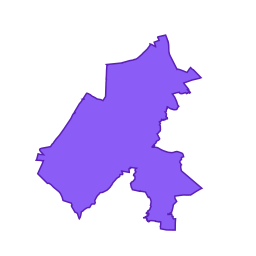 Suceava, Suceava, Romania (Natural Earth projection), rotated 191°
{"feature_id": "2599482B51087359831243", "entity_name": "Suceava", "entity_type": "district", "adm_level": 2, "iso_a3": "ROU", "parent_name": "Romania", "parent_adm1": "Suceava", "projection": "natural_earth1", "projection_center": [26.251, 47.664], "detail": "fine", "context": "isolated", "style": "filled", "palette": "violet", "viewbox_px": 256, "rotation_deg": 191, "n_neighbors": 0, "source": "geoboundaries", "source_scale": "gbopen_adm2", "svg_char_len": 5495}
<svg xmlns="http://www.w3.org/2000/svg" viewBox="0 0 256 256"><g transform="rotate(191 128 128)"><path d="M105.3,220.8L105.4,220.7L107.0,223.6L108.8,226.4L116.0,223.2L116.2,222.8L114.2,220.0L118.7,217.2L116.7,213.9L116.5,213.1L120.9,214.5L122.4,214.7L122.1,213.5L124.3,208.9L127.9,203.9L127.9,203.6L131.4,199.0L132.8,197.5L134.2,196.6L134.7,196.6L136.1,195.6L138.9,194.6L146.1,191.0L146.0,190.8L161.2,186.2L160.2,185.6L160.6,185.1L160.1,180.9L159.5,177.1L159.2,175.3L158.8,171.8L158.5,171.8L158.3,169.2L156.0,154.6L157.8,150.1L160.1,150.7L163.8,150.6L166.4,151.6L169.4,152.4L171.4,153.5L173.9,154.2L174.9,154.3L175.3,154.1L177.5,148.5L176.9,148.2L177.2,147.8L177.8,148.1L178.2,147.6L177.9,147.5L178.3,147.4L178.0,147.2L179.4,144.1L180.2,142.8L183.3,134.3L183.5,133.7L182.8,133.0L183.3,132.1L184.0,132.3L184.8,130.4L185.8,126.5L190.8,114.6L193.9,107.8L196.4,103.5L197.4,101.4L198.0,100.2L198.4,99.0L199.4,97.6L200.5,94.9L208.9,91.6L210.3,90.8L210.6,89.8L210.1,89.0L209.0,87.9L208.6,87.8L205.8,85.7L207.3,85.6L208.6,85.3L211.3,85.5L211.6,80.0L212.0,78.9L207.5,79.5L206.2,79.4L204.8,79.8L205.2,77.1L207.9,65.9L196.6,58.3L196.2,58.3L195.2,58.7L193.6,58.1L192.7,57.7L189.7,55.6L183.6,52.3L181.8,50.8L181.3,50.1L179.4,47.5L178.0,44.6L177.4,44.4L169.3,43.4L168.2,41.6L168.7,40.8L168.1,39.9L164.0,35.3L163.7,35.1L163.1,35.2L162.5,35.0L161.4,34.5L158.7,29.8L158.5,29.6L158.0,30.8L157.7,32.9L157.8,36.8L156.6,37.8L155.4,39.5L153.2,41.7L152.1,42.3L150.8,42.5L150.5,42.7L150.0,43.9L149.8,45.0L148.9,46.4L147.9,46.8L146.6,46.9L146.2,47.2L145.9,48.5L146.4,49.3L146.5,49.9L146.8,50.4L146.0,53.3L145.2,55.6L144.6,56.6L144.1,57.1L143.1,59.1L141.9,59.6L141.0,59.8L140.5,60.0L139.7,60.8L138.9,61.2L138.2,61.9L137.0,62.7L135.6,64.4L134.1,66.8L133.7,68.0L133.2,68.8L132.3,71.6L130.2,75.0L130.2,75.3L128.9,77.1L127.4,78.3L127.1,78.8L126.9,79.2L127.0,80.3L126.9,80.8L124.5,81.3L124.4,81.7L124.5,82.5L125.4,83.4L126.0,84.5L118.3,84.7L118.4,85.3L119.0,86.9L119.2,88.0L119.1,88.3L118.3,88.5L118.4,89.0L117.8,89.1L117.9,89.8L112.1,90.1L112.8,89.4L113.0,88.9L113.1,88.0L112.9,87.5L112.7,87.6L112.4,87.0L111.9,86.6L111.9,86.4L112.4,85.2L113.0,84.6L113.2,83.8L113.5,83.5L113.5,82.6L113.4,82.3L112.4,82.2L112.1,82.0L111.6,80.4L111.5,78.7L112.1,78.2L112.6,76.8L113.7,76.1L114.0,75.5L114.4,75.2L114.5,75.0L114.3,74.6L114.9,74.0L114.5,73.3L114.5,72.9L114.1,72.1L113.4,70.4L112.6,69.6L111.9,68.3L104.1,68.1L104.0,68.6L103.1,68.4L98.9,68.5L98.6,68.4L94.8,63.7L94.6,63.7L94.2,64.2L94.0,64.3L93.7,63.9L92.7,63.0L91.7,61.3L91.2,60.0L91.2,58.5L91.1,58.0L91.1,57.2L91.3,56.4L90.4,55.5L90.3,55.2L90.8,54.3L90.9,53.3L90.8,52.9L91.1,52.3L91.1,52.0L91.6,51.5L91.8,51.1L92.6,50.6L92.6,50.3L92.3,49.7L92.9,49.3L93.7,48.3L93.8,47.8L93.5,47.6L92.5,47.5L91.8,48.1L91.4,48.1L91.3,47.9L91.7,47.8L91.4,47.1L91.8,46.9L91.3,46.5L91.6,46.2L91.6,45.8L92.5,45.7L92.2,45.0L92.6,44.8L92.6,44.5L93.5,44.2L93.9,44.3L94.2,43.7L96.0,42.7L93.3,43.2L93.0,43.0L92.7,43.0L92.4,42.7L92.1,42.6L92.2,42.0L91.8,41.9L91.6,41.7L91.9,41.2L91.4,41.0L91.2,40.5L90.9,40.2L90.7,40.2L90.5,40.4L90.2,40.4L90.4,40.1L90.1,39.9L89.3,40.2L89.2,40.4L89.6,40.9L89.5,41.0L87.2,41.6L83.3,42.0L83.2,41.6L81.7,41.7L79.5,41.7L79.4,42.1L78.0,42.1L77.7,41.0L77.4,38.9L77.5,37.5L77.1,36.7L76.8,35.3L70.8,35.3L62.2,36.8L63.5,44.1L64.0,48.0L66.1,47.4L66.5,47.9L66.9,49.7L67.7,49.5L68.6,51.7L72.2,50.7L72.4,51.2L71.0,51.6L70.7,52.2L69.9,53.1L69.2,53.2L68.8,57.0L68.8,61.4L66.2,65.2L68.6,68.0L69.0,70.1L61.3,72.7L59.5,73.1L57.9,73.3L53.7,74.2L49.8,78.0L45.5,81.8L44.0,82.9L67.4,96.1L68.6,98.9L69.1,101.3L68.5,102.0L69.3,102.7L69.5,103.2L70.6,104.1L70.8,104.5L70.6,105.4L70.4,106.2L70.0,106.9L69.5,107.1L69.8,108.7L70.0,109.0L69.4,109.6L67.9,110.4L68.6,111.9L69.3,113.0L70.0,113.5L72.0,113.9L75.4,114.3L77.0,113.7L78.7,112.7L80.4,112.1L84.0,111.8L89.2,112.5L92.2,113.3L94.3,114.1L95.7,114.4L97.7,114.3L100.5,113.7L100.7,113.8L100.7,114.2L100.4,114.4L100.4,114.8L100.0,115.5L99.8,115.6L99.3,115.3L98.7,115.5L98.6,115.9L98.8,116.1L99.3,116.3L99.4,116.6L97.9,118.4L97.7,118.8L97.8,119.4L97.5,119.8L97.6,120.2L96.7,121.2L95.9,121.7L95.0,122.8L95.0,123.8L96.2,125.1L96.5,125.6L98.3,127.8L97.5,128.6L96.4,130.5L95.8,131.3L95.9,131.8L95.8,132.5L96.7,136.3L97.7,137.0L97.4,137.5L97.4,138.0L97.1,138.5L97.5,138.8L97.6,139.3L98.4,140.0L97.8,140.6L97.2,140.7L96.7,141.6L96.3,141.9L96.7,142.4L96.7,142.8L95.7,142.5L95.1,142.5L95.4,142.8L95.1,143.1L94.8,143.2L94.6,143.0L94.0,143.0L93.2,143.7L93.2,143.9L93.1,144.0L92.7,143.9L92.6,143.7L92.0,144.3L91.6,144.6L91.3,144.6L91.4,144.9L91.2,145.1L91.5,145.7L93.0,146.3L93.0,146.7L92.8,146.9L92.7,147.3L92.9,147.8L92.9,149.1L94.4,150.6L94.0,150.6L93.9,150.8L93.7,151.5L93.7,152.3L93.9,153.1L93.5,154.0L93.4,154.2L93.6,154.5L93.3,154.7L93.5,155.1L93.6,156.3L93.2,156.4L92.7,155.9L92.3,155.9L92.0,155.7L91.2,155.6L90.1,155.0L88.1,155.0L88.1,154.8L86.5,154.7L85.1,155.0L84.3,155.2L83.7,155.6L83.3,156.7L83.2,157.5L82.3,159.0L83.6,160.0L85.2,163.1L88.0,167.1L90.9,169.9L87.0,171.9L85.8,172.4L85.6,172.3L84.5,172.9L83.6,171.9L82.9,171.8L81.9,171.9L81.3,172.3L81.0,172.2L78.2,173.8L77.2,172.9L75.9,173.7L75.3,174.3L75.7,174.6L75.1,175.1L74.5,174.6L74.2,174.1L73.6,174.6L74.2,175.3L74.3,175.3L74.9,175.8L75.0,175.7L75.8,176.5L75.6,176.8L75.9,177.0L76.7,176.7L77.1,177.1L76.2,177.8L81.4,182.2L81.9,182.8L74.1,187.4L67.6,190.3L65.9,191.3L74.9,197.6L76.3,198.0L78.1,199.3L79.1,197.5L80.6,193.8L85.4,194.7L88.6,195.2L90.9,195.3L91.1,195.0L100.3,206.8L101.3,208.2L102.5,211.0L103.8,216.8L104.7,219.6L105.3,220.8Z" fill="#8b5cf6" stroke="#5b21b6" stroke-width="1.5"/></g></svg>